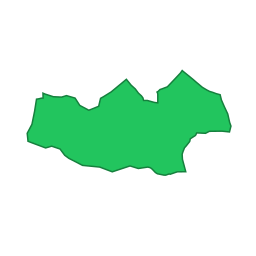 outline of Igbo-Etiti, Enugu, Nigeria, rotated 162°
{"feature_id": "59680162B4108100426512", "entity_name": "Igbo-Etiti", "entity_type": "district", "adm_level": 2, "iso_a3": "NGA", "parent_name": "Nigeria", "parent_adm1": "Enugu", "projection": "mercator", "projection_center": [7.419, 6.684], "detail": "fine", "context": "isolated", "style": "filled", "palette": "green", "viewbox_px": 256, "rotation_deg": 162, "n_neighbors": 0, "source": "geoboundaries", "source_scale": "gbopen_adm2", "svg_char_len": 1211}
<svg xmlns="http://www.w3.org/2000/svg" viewBox="0 0 256 256"><g transform="rotate(162 128 128)"><path d="M32.7,92.9L29.5,98.0L29.6,101.9L28.8,110.5L29.8,118.6L30.5,125.8L30.1,131.2L33.5,133.4L36.4,135.7L39.0,137.5L41.2,139.7L44.7,143.7L48.9,150.4L51.0,153.9L58.3,165.2L58.7,165.9L61.1,164.1L68.2,160.2L77.8,155.0L84.0,154.7L85.7,154.7L88.0,153.5L89.3,153.2L89.1,152.4L89.2,151.0L89.4,150.4L91.9,142.7L94.9,144.1L96.9,145.4L101.1,148.2L104.7,149.4L104.5,152.0L105.3,154.4L107.3,157.9L109.0,162.9L111.8,167.8L114.5,174.8L132.9,167.5L141.4,165.4L144.9,164.7L149.2,157.7L159.8,157.0L166.9,164.4L169.1,172.8L176.5,177.8L181.6,177.9L189.3,180.8L196.4,185.9L198.1,187.4L199.5,182.7L201.5,183.2L203.6,183.3L206.1,183.7L211.7,172.7L218.2,161.2L225.5,154.1L227.2,146.2L212.5,134.5L206.2,134.3L199.1,129.0L196.6,121.6L193.6,117.4L182.8,106.5L167.0,99.6L156.5,91.2L137.8,91.3L130.7,86.3L121.2,84.7L119.0,83.3L117.7,81.4L115.7,77.2L114.2,75.4L108.4,72.1L106.7,71.5L103.1,71.6L102.2,71.0L94.7,71.1L86.6,68.6L85.9,81.4L84.6,86.3L82.9,88.7L82.3,89.4L80.4,91.7L78.3,92.9L75.9,94.5L73.5,96.1L72.1,98.5L66.1,100.1L64.1,102.1L55.9,99.0L51.6,99.7L39.7,96.0L32.7,92.9Z" fill="#22c55e" stroke="#15803d" stroke-width="1.5"/></g></svg>